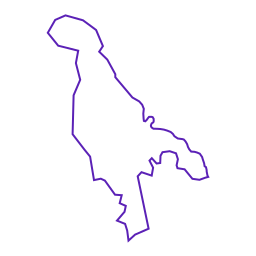 Sirdarya, Sirdaryo, Uzbekistan
{"feature_id": "79887680B82422734608067", "entity_name": "Sirdarya", "entity_type": "district", "adm_level": 2, "iso_a3": "UZB", "parent_name": "Uzbekistan", "parent_adm1": "Sirdaryo", "projection": "equal_earth", "projection_center": [68.708, 40.817], "detail": "fine", "context": "isolated", "style": "outline", "palette": "violet", "viewbox_px": 256, "rotation_deg": 0, "n_neighbors": 0, "source": "geoboundaries", "source_scale": "gbopen_adm2", "svg_char_len": 1332}
<svg xmlns="http://www.w3.org/2000/svg" viewBox="0 0 256 256"><path d="M148.6,228.7L137.7,176.3L141.5,172.2L151.7,175.6L153.1,167.7L149.5,160.6L151.8,158.2L156.6,163.5L160.2,163.0L160.5,155.8L162.5,152.2L169.7,151.2L176.0,153.3L177.9,159.2L176.6,165.3L177.5,168.2L184.6,169.3L192.4,178.8L199.5,179.8L205.3,177.7L208.2,176.9L207.5,175.6L206.7,171.7L206.6,169.9L206.0,167.2L204.6,166.2L204.1,163.2L202.8,159.4L202.1,157.0L199.8,153.7L197.0,152.5L194.5,151.8L191.2,151.6L189.3,149.4L188.0,147.0L187.1,144.1L185.5,141.4L183.8,139.5L182.4,139.1L177.8,138.5L174.4,136.2L172.9,133.9L170.7,132.0L167.2,130.6L163.9,129.6L160.2,129.0L157.0,128.8L153.4,128.7L151.7,127.5L151.1,126.6L150.9,125.7L151.2,124.5L151.7,123.4L153.2,122.4L153.6,121.7L153.7,120.3L153.6,118.7L152.6,117.1L151.2,116.8L149.0,116.9L147.9,118.2L146.8,119.8L145.3,121.3L143.9,120.9L143.6,118.6L143.3,113.6L143.8,108.8L142.2,104.8L139.2,101.4L132.4,97.5L115.3,77.2L115.3,74.2L107.3,59.6L99.2,51.7L102.9,46.1L96.1,30.0L83.0,20.3L65.5,15.4L55.2,19.9L47.8,32.8L58.2,45.7L78.2,50.7L75.9,63.1L80.2,79.8L73.6,95.3L72.6,134.2L84.5,149.7L90.1,156.6L94.0,180.1L100.8,178.7L104.9,180.6L115.0,194.7L121.7,195.2L119.7,203.2L125.8,205.9L124.5,211.9L123.5,213.0L117.0,220.6L125.1,223.9L127.2,230.6L128.5,240.6L135.1,234.6L148.6,228.7Z" fill="none" stroke="#5b21b6" stroke-width="2"/></svg>